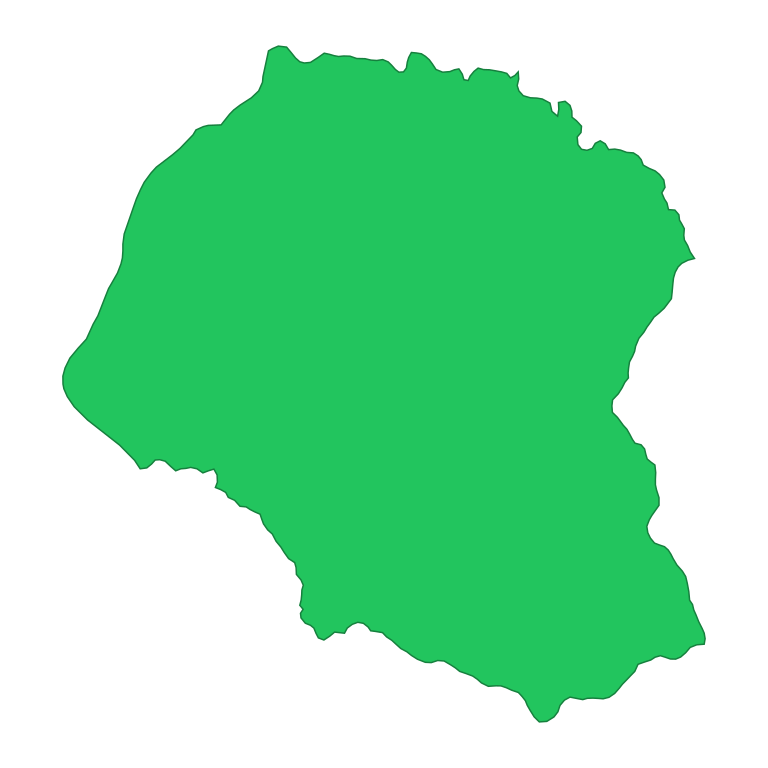 Limeira do Oeste, Minas Gerais, Brazil (Mercator projection)
{"feature_id": "56859067B41026277317184", "entity_name": "Limeira do Oeste", "entity_type": "district", "adm_level": 2, "iso_a3": "BRA", "parent_name": "Brazil", "parent_adm1": "Minas Gerais", "projection": "mercator", "projection_center": [-50.618, -19.42], "detail": "fine", "context": "isolated", "style": "filled", "palette": "green", "viewbox_px": 768, "rotation_deg": 0, "n_neighbors": 0, "source": "geoboundaries", "source_scale": "gbopen_adm2", "svg_char_len": 4279}
<svg xmlns="http://www.w3.org/2000/svg" viewBox="0 0 768 768"><path d="M344.5,633.2L347.3,628.0L352.3,624.3L357.8,622.3L363.4,623.3L368.1,627.0L370.7,630.8L375.3,631.4L382.5,632.6L386.6,636.9L391.8,640.3L395.8,644.0L400.9,648.6L406.9,651.8L411.4,655.4L417.4,659.2L425.3,662.3L431.3,662.6L437.7,660.5L444.1,661.0L450.3,664.6L455.4,667.9L459.7,671.4L465.9,673.5L472.6,676.0L477.4,679.3L481.4,682.9L488.3,686.3L496.0,685.8L501.0,685.9L506.3,687.7L511.7,690.2L518.4,692.5L522.2,696.6L525.4,700.7L527.3,705.4L530.1,710.3L534.2,716.9L539.3,721.9L546.8,721.4L554.0,716.9L557.9,711.8L560.0,705.4L564.5,700.1L570.0,697.1L576.5,698.4L582.8,699.6L587.3,698.3L592.8,698.1L598.2,698.4L603.1,698.8L609.0,697.3L614.8,693.3L619.1,688.4L622.4,684.2L626.7,679.8L630.1,676.2L634.8,671.4L638.0,664.3L644.6,662.0L650.8,660.0L655.1,657.2L660.4,655.7L665.2,657.2L670.4,659.0L675.7,659.1L680.7,657.0L685.7,652.7L690.2,647.4L696.7,644.8L704.2,644.2L705.1,638.7L704.2,633.2L702.2,628.6L698.7,621.7L696.0,614.9L693.8,610.0L692.5,604.5L689.6,600.2L688.8,591.6L687.3,583.4L685.7,576.6L682.4,571.2L676.9,565.0L673.1,558.6L670.9,554.2L668.2,550.0L664.5,546.7L659.2,544.9L654.5,543.1L650.4,538.1L647.8,532.8L646.8,526.3L649.3,519.8L651.8,515.5L655.1,510.8L659.0,505.3L659.0,497.7L656.5,489.9L655.4,484.8L655.4,479.2L655.7,472.6L654.9,465.0L650.8,462.0L647.2,459.0L645.8,454.3L644.6,449.0L641.1,444.8L635.0,443.2L632.4,439.4L629.8,434.4L626.9,429.3L623.2,425.2L620.5,421.5L617.4,417.3L612.4,412.4L611.9,405.9L612.6,399.8L618.3,393.8L622.1,387.8L624.8,382.4L628.4,377.9L628.1,373.0L628.6,367.9L629.5,361.9L632.5,356.3L634.6,351.4L635.6,346.2L638.9,338.3L643.9,332.2L647.0,327.0L650.4,322.4L654.0,317.1L659.0,313.0L664.2,308.2L668.3,302.8L671.4,298.7L672.1,292.4L672.8,284.4L673.5,278.0L675.2,272.2L678.1,266.9L681.8,263.3L687.9,260.2L694.5,258.5L690.2,252.0L687.6,245.5L684.4,240.0L683.8,235.3L684.3,228.7L681.8,224.0L679.5,220.1L678.9,214.8L674.9,210.1L668.5,209.6L667.0,203.1L664.4,199.0L661.8,192.9L665.0,187.3L663.8,180.0L659.5,174.5L655.1,170.9L649.2,168.4L643.2,165.1L641.2,159.7L638.2,156.0L633.4,152.9L626.7,152.4L620.5,150.1L614.8,149.1L608.6,149.6L605.2,143.8L600.2,140.8L595.3,143.3L592.3,148.4L587.0,150.3L581.5,149.3L577.9,144.6L577.2,137.0L581.0,132.5L581.5,126.2L576.5,120.8L572.0,117.2L571.8,111.0L570.0,105.4L565.1,101.3L558.5,102.5L558.8,109.4L557.6,116.2L551.9,111.4L550.0,103.1L542.3,99.0L536.9,98.1L530.4,97.8L523.2,95.7L518.9,90.9L517.2,85.6L518.7,79.0L518.2,71.9L514.9,75.5L510.5,77.9L506.8,73.4L501.5,71.9L496.0,70.9L489.5,69.8L483.5,69.6L478.1,68.1L474.0,71.4L470.2,76.0L468.2,80.5L463.9,79.7L462.3,74.2L458.9,68.9L454.4,69.8L449.9,71.6L442.7,72.2L436.0,69.5L432.4,64.0L429.3,59.8L425.5,56.4L421.4,53.8L416.6,53.0L411.4,52.5L408.7,57.5L407.3,62.1L406.4,68.1L403.5,71.9L398.9,72.2L395.4,69.5L391.5,65.1L388.2,61.9L382.7,59.6L376.8,60.5L371.0,60.1L365.0,58.7L356.7,58.5L350.0,56.2L343.7,56.0L338.5,56.5L334.2,55.7L329.4,54.3L324.2,53.2L318.1,57.5L310.5,62.4L304.3,63.0L299.8,61.8L295.5,58.0L291.1,52.5L286.6,47.1L278.3,46.1L272.5,48.6L268.5,50.9L263.0,76.5L262.5,82.3L258.7,90.9L251.4,97.8L240.1,105.1L233.8,109.9L229.6,114.2L221.1,124.9L208.2,125.4L203.4,126.6L196.0,129.9L193.0,134.9L180.0,148.4L172.6,154.7L156.4,167.1L151.1,172.9L144.2,182.3L140.6,189.4L136.5,198.6L133.5,207.1L124.2,234.0L122.9,244.1L122.9,251.0L122.4,258.0L121.0,263.9L117.5,273.0L110.9,284.6L108.6,288.5L105.7,295.8L97.9,315.8L93.2,324.1L86.4,339.1L78.1,348.2L69.9,358.1L65.1,367.9L62.9,376.1L63.0,384.1L63.9,388.8L67.3,396.6L74.2,406.7L87.6,420.0L119.6,445.1L134.6,460.3L140.2,468.8L146.8,467.9L151.6,464.0L155.2,460.0L159.7,459.7L165.2,461.2L170.9,466.6L175.7,470.8L180.8,468.8L185.8,468.4L190.7,467.4L197.0,468.8L202.9,472.9L208.4,470.8L213.9,469.1L217.1,474.9L217.4,482.2L215.4,487.5L220.7,489.6L225.7,492.4L228.3,497.4L234.6,500.3L240.0,506.3L246.2,506.9L250.1,509.5L254.8,511.9L260.1,514.2L261.6,518.7L263.5,523.9L267.7,529.9L272.3,534.0L276.1,541.3L280.9,547.1L284.2,552.4L288.6,558.6L294.7,562.6L296.1,567.6L296.4,574.4L301.0,579.9L303.3,585.2L301.9,590.0L301.7,594.8L301.2,599.9L299.8,605.3L303.1,609.3L300.5,613.3L301.0,617.9L305.3,623.2L310.5,625.3L313.9,628.1L316.1,633.5L318.4,637.9L323.9,640.0L329.7,636.2L334.6,632.1L339.9,632.7L344.5,633.2Z" fill="#22c55e" stroke="#15803d" stroke-width="1.5"/></svg>